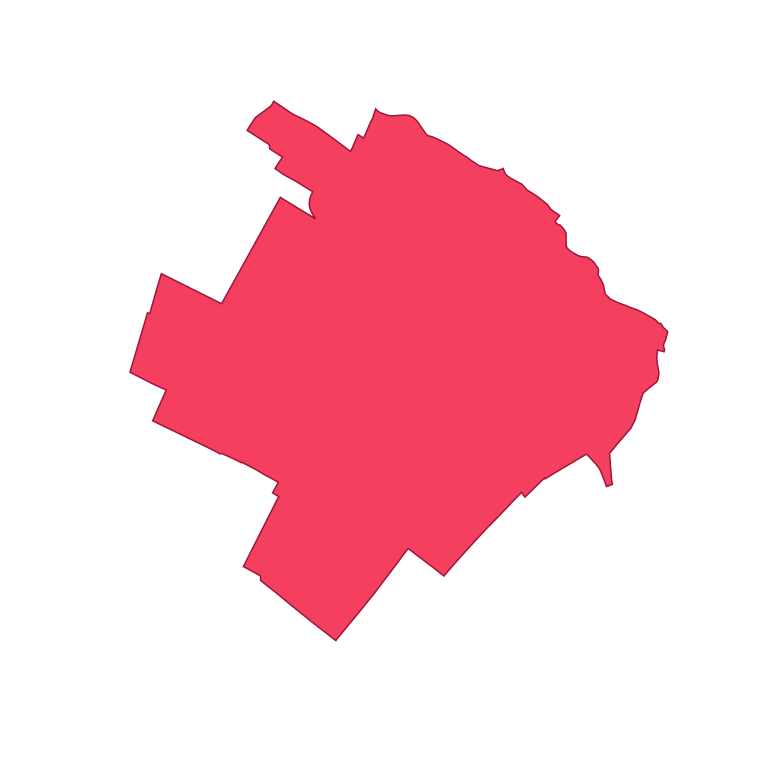 outline of Santandrei, Bihor, Romania, rotated 30°
{"feature_id": "2599482B13806554782288", "entity_name": "Santandrei", "entity_type": "district", "adm_level": 2, "iso_a3": "ROU", "parent_name": "Romania", "parent_adm1": "Bihor", "projection": "albers", "projection_center": [21.841, 47.054], "detail": "fine", "context": "isolated", "style": "filled", "palette": "rose", "viewbox_px": 768, "rotation_deg": 30, "n_neighbors": 0, "source": "geoboundaries", "source_scale": "gbopen_adm2", "svg_char_len": 4694}
<svg xmlns="http://www.w3.org/2000/svg" viewBox="0 0 768 768"><g transform="rotate(30 384 384)"><path d="M470.6,630.3L470.6,630.1L470.6,629.7L470.6,629.4L473.8,610.2L475.4,600.7L477.0,591.1L480.0,572.0L480.1,571.7L482.5,552.4L482.5,552.1L483.8,542.3L485.0,532.4L486.0,523.4L487.1,515.0L487.7,514.5L488.8,514.6L489.8,514.7L497.0,515.7L511.6,517.5L514.6,517.9L516.2,518.1L519.9,518.6L525.0,519.3L528.0,519.8L528.3,519.8L531.9,520.3L531.9,519.9L536.4,497.0L540.8,476.8L545.3,457.0L549.4,441.3L552.0,430.8L552.8,427.4L553.5,424.1L556.7,411.4L556.8,411.1L557.3,409.1L562.6,411.5L570.0,385.2L570.9,385.7L571.7,384.2L575.9,376.5L581.5,366.3L584.8,360.6L588.4,354.1L589.3,352.5L591.5,348.6L592.5,346.8L593.2,345.5L593.5,345.0L593.7,344.8L594.8,343.6L595.2,343.5L597.0,344.1L603.6,346.2L606.7,347.1L607.7,347.4L612.1,349.2L614.8,350.9L616.4,352.1L619.6,354.7L620.4,355.3L622.2,356.7L628.0,361.6L628.8,360.6L629.7,359.6L630.1,358.9L632.0,356.8L628.6,352.6L614.4,331.8L614.0,331.0L617.2,312.9L617.3,312.5L619.7,299.8L619.9,299.0L619.4,289.2L618.4,285.7L618.0,283.8L617.1,280.1L615.4,273.6L614.1,267.8L613.2,263.4L613.1,263.0L613.1,262.6L613.2,261.6L613.7,260.2L615.1,256.1L619.1,246.1L619.0,243.2L616.8,237.3L609.4,228.3L606.3,223.4L603.9,217.7L610.4,216.1L610.2,215.3L610.2,214.3L608.8,213.1L607.6,211.9L606.9,210.9L606.6,210.6L606.3,209.0L605.9,207.0L605.8,205.0L605.3,202.8L604.8,201.5L604.7,200.9L604.3,199.8L604.0,198.4L603.7,197.0L603.5,196.9L602.8,196.6L601.8,196.3L600.1,195.9L597.8,195.4L595.7,194.4L594.3,193.5L593.9,193.5L592.9,193.3L592.1,193.8L591.8,194.0L590.3,193.9L588.7,193.1L587.6,192.9L586.8,192.7L584.3,192.6L572.2,192.8L570.3,192.9L565.6,193.3L557.4,194.8L554.3,195.1L550.5,195.8L543.8,196.9L537.4,197.2L530.8,195.6L524.2,188.2L519.4,185.0L515.0,182.7L513.7,179.7L512.6,177.7L510.9,176.4L508.1,175.2L505.9,174.1L503.8,173.4L503.1,173.1L500.9,172.8L498.2,172.5L496.4,172.6L494.6,173.5L494.0,173.7L490.8,175.1L488.1,175.7L487.3,175.7L482.3,175.8L481.2,175.8L480.6,175.8L476.9,175.3L476.6,175.2L474.2,174.5L472.6,173.0L472.3,172.5L469.2,167.5L468.1,165.5L466.1,162.2L465.6,161.9L464.3,161.0L461.2,159.6L457.9,158.6L457.6,158.5L457.3,158.4L454.9,158.8L452.6,158.5L450.9,158.0L451.9,150.3L444.5,149.7L444.2,149.7L441.3,149.3L439.9,148.7L435.8,146.9L435.0,146.7L422.7,144.9L410.8,144.4L403.5,142.0L390.2,142.5L384.6,141.7L380.3,138.6L379.5,137.7L378.2,139.5L377.0,140.8L375.7,142.5L369.2,144.2L367.1,144.8L362.8,145.9L357.0,147.4L350.5,147.0L347.3,146.7L341.8,146.1L339.4,146.2L319.4,144.4L307.1,145.2L301.9,145.8L298.8,146.7L296.4,146.9L280.6,139.5L275.7,138.5L271.8,138.8L268.4,140.2L259.4,146.0L257.0,147.7L255.2,148.6L254.3,148.9L253.4,149.2L251.0,149.8L244.8,151.0L243.5,150.8L242.2,150.7L241.0,150.4L239.2,149.9L239.5,151.3L240.7,156.9L241.3,158.8L241.4,161.5L241.3,163.3L243.5,181.2L242.2,181.1L236.8,181.0L238.3,194.1L238.7,198.0L238.8,199.2L235.3,199.0L231.8,198.5L210.7,196.0L210.3,196.0L199.1,194.8L198.2,194.7L194.7,194.6L184.7,194.9L180.8,195.1L176.2,195.5L170.5,195.8L169.4,195.9L151.0,194.5L150.6,194.5L147.1,194.2L147.2,199.5L139.3,217.9L139.0,224.7L138.8,229.4L138.7,232.8L141.9,233.0L143.6,233.0L157.3,233.7L159.0,233.7L160.6,233.8L164.8,234.0L167.5,237.5L169.2,237.6L179.5,238.1L182.6,238.2L182.4,242.0L182.3,244.1L182.1,246.1L181.9,251.9L184.2,252.1L190.7,252.7L192.7,252.8L194.5,252.8L198.6,252.7L201.0,252.6L207.4,252.5L207.8,252.5L212.3,252.7L220.9,253.0L223.3,253.0L226.1,253.0L226.3,255.8L226.7,258.7L227.4,261.6L228.8,264.6L230.2,266.8L231.9,268.8L232.6,269.5L238.1,273.2L239.3,273.8L241.3,274.5L241.4,275.2L234.5,275.0L229.1,274.9L225.3,274.8L221.5,274.8L219.6,274.7L216.7,274.6L213.9,274.5L211.8,274.5L200.9,274.2L203.2,395.7L178.5,397.2L136.0,399.8L138.4,409.9L139.5,414.5L139.7,415.2L145.9,440.1L143.6,440.6L149.5,465.0L158.1,500.8L160.4,500.7L168.4,500.3L172.3,500.1L174.1,500.0L175.5,499.9L177.7,499.8L179.9,499.7L181.9,499.6L182.6,499.6L185.7,499.3L187.0,499.2L188.5,499.1L190.0,498.9L191.7,498.8L192.9,498.7L194.1,498.6L198.3,497.9L198.4,498.2L200.2,514.9L201.6,527.4L202.1,531.6L202.4,531.5L208.7,531.1L218.0,530.4L266.4,526.9L270.8,526.7L275.1,526.5L276.4,526.6L276.7,526.5L278.7,525.2L290.5,524.1L299.9,523.4L300.0,523.0L303.0,522.7L307.3,522.5L315.4,522.2L317.0,522.2L323.2,522.3L326.2,522.3L329.8,522.2L332.0,522.1L341.7,522.0L341.7,524.9L341.8,526.3L341.8,529.7L341.9,532.6L341.9,534.0L343.3,534.0L349.1,534.1L349.7,545.2L353.5,612.4L359.5,612.2L363.5,612.1L366.6,612.1L370.6,612.0L372.0,612.0L372.7,612.2L373.1,612.5L373.6,612.9L374.2,613.6L374.8,614.9L375.2,615.8L376.9,616.1L398.3,619.3L402.6,620.0L409.7,621.3L421.1,623.1L440.2,626.1L441.7,626.3L451.1,627.6L465.6,629.6L470.6,630.3Z" fill="#f43f5e" stroke="#9f1239" stroke-width="1.5"/></g></svg>